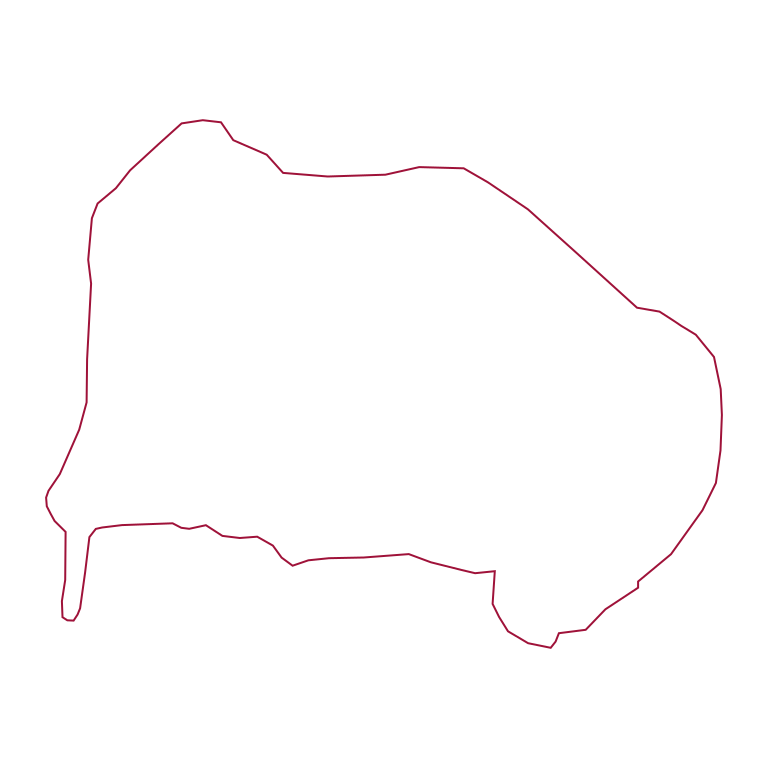 the district of Romanum, Federated States of Micronesia
{"feature_id": "79324940B2469111888954", "entity_name": "Romanum", "entity_type": "district", "adm_level": 2, "iso_a3": "FSM", "parent_name": "Federated States of Micronesia", "parent_adm1": "", "projection": "equal_earth", "projection_center": [151.668, 7.411], "detail": "fine", "context": "isolated", "style": "outline", "palette": "rose", "viewbox_px": 768, "rotation_deg": 0, "n_neighbors": 0, "source": "geoboundaries", "source_scale": "gbopen_adm2", "svg_char_len": 1111}
<svg xmlns="http://www.w3.org/2000/svg" viewBox="0 0 768 768"><path d="M257.2,536.7L272.9,545.6L281.6,557.6L292.6,565.7L308.4,560.3L329.0,558.2L363.8,557.5L408.8,554.1L430.9,562.3L461.6,570.0L475.1,573.2L494.8,571.2L492.6,603.9L499.1,617.0L508.0,631.3L528.1,643.2L550.7,647.8L555.6,641.6L558.9,633.2L585.7,629.8L605.4,609.3L638.1,587.7L638.1,581.5L671.0,554.2L702.5,510.2L715.9,483.0L720.5,450.4L721.9,415.0L720.7,389.1L714.0,357.0L695.8,334.7L681.3,325.9L673.3,320.5L659.5,311.6L637.0,307.7L575.7,252.2L527.9,209.3L487.9,182.3L463.7,168.3L419.2,167.1L385.4,174.7L327.7,176.5L283.1,172.9L266.7,154.7L233.3,140.2L221.0,122.3L202.8,120.2L181.6,123.4L158.5,144.2L130.1,170.3L115.9,188.2L97.6,203.5L91.9,218.2L88.2,259.8L91.1,283.6L87.1,359.2L86.6,402.4L79.2,429.7L59.8,474.1L48.5,490.8L46.1,497.6L46.8,506.3L50.7,513.9L54.6,521.0L65.6,531.9L65.2,580.0L61.9,601.1L62.5,617.2L67.3,620.3L73.6,620.6L77.6,614.5L80.1,608.3L85.1,572.5L89.4,537.1L95.8,528.9L102.1,527.5L122.0,525.1L172.6,523.3L181.3,527.8L189.2,528.8L205.9,525.2L222.4,535.9L239.8,538.0L257.2,536.7Z" fill="none" stroke="#9f1239" stroke-width="2"/></svg>